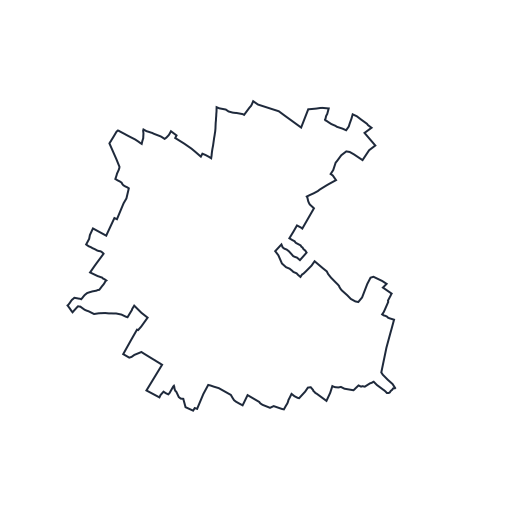 Maní, Yucatán, Mexico (orthographic projection), rotated 111°
{"feature_id": "50627088B1882367012373", "entity_name": "Maní", "entity_type": "district", "adm_level": 2, "iso_a3": "MEX", "parent_name": "Mexico", "parent_adm1": "Yucatán", "projection": "orthographic", "projection_center": [-89.371, 20.39], "detail": "fine", "context": "isolated", "style": "outline", "palette": "slate", "viewbox_px": 512, "rotation_deg": 111, "n_neighbors": 0, "source": "geoboundaries", "source_scale": "gbopen_adm2", "svg_char_len": 5872}
<svg xmlns="http://www.w3.org/2000/svg" viewBox="0 0 512 512"><g transform="rotate(111 256 256)"><path d="M131.2,346.1L135.4,344.6L137.5,344.0L139.6,343.3L141.7,342.7L143.8,342.0L146.0,341.4L148.1,340.7L150.2,340.0L151.3,339.6L153.4,339.0L154.5,338.7L156.0,338.4L158.2,337.9L159.2,337.7L161.3,337.3L161.6,337.2L167.3,335.9L168.1,335.7L171.5,335.1L173.4,334.7L175.9,334.1L178.4,333.4L180.8,332.9L180.3,335.4L179.8,339.3L179.7,342.7L183.0,343.1L181.0,348.6L180.3,350.6L178.9,354.7L176.8,363.3L174.8,373.7L171.9,373.4L170.0,380.1L173.1,380.5L174.5,380.8L177.6,382.1L179.4,383.3L178.8,386.1L178.5,387.8L178.5,390.4L178.5,392.5L178.5,395.3L178.3,397.2L178.4,397.8L178.5,400.3L178.7,403.0L178.2,406.4L179.4,406.3L181.9,405.0L185.3,403.9L186.4,403.5L189.5,403.3L192.3,402.9L191.9,404.8L191.6,405.9L191.3,407.0L190.5,410.7L190.0,415.5L189.7,418.2L189.3,421.4L189.2,421.9L188.9,424.5L188.4,428.6L188.3,428.8L188.3,429.9L189.8,430.7L190.1,430.8L195.4,431.7L197.6,432.1L199.6,432.5L200.5,432.6L202.1,433.0L203.4,433.2L215.9,420.8L221.7,415.4L223.0,415.1L223.9,415.1L224.8,415.0L226.0,415.1L228.0,415.2L228.7,415.3L230.5,415.1L234.5,414.9L235.0,412.2L235.2,409.9L235.7,407.7L236.6,406.8L237.5,405.2L237.9,403.0L238.0,401.0L238.4,399.0L248.7,397.6L254.2,398.5L271.5,399.0L271.3,401.8L288.5,403.0L290.7,403.1L288.7,418.1L295.9,418.6L299.8,417.9L306.1,418.7L306.5,417.3L306.9,415.5L306.9,414.1L307.0,412.8L307.3,411.5L307.3,410.6L307.4,409.0L307.5,408.1L307.8,406.2L307.7,404.7L307.3,402.8L307.5,401.6L307.9,400.5L308.2,399.6L308.5,399.1L320.0,402.3L323.4,403.2L330.8,405.0L331.5,396.5L331.4,394.9L331.4,393.7L331.3,392.0L331.9,390.7L331.9,389.9L332.1,388.5L332.5,387.0L332.9,387.3L334.6,387.7L335.6,387.8L337.3,388.2L338.1,388.5L339.0,388.8L339.9,389.1L340.7,389.3L341.7,389.6L343.7,390.2L344.1,390.8L344.6,391.7L345.5,392.5L346.8,394.6L347.7,396.1L348.5,397.1L349.4,398.3L350.8,400.0L351.3,400.5L352.4,401.1L353.0,401.5L354.2,402.1L355.1,402.4L356.0,402.7L357.4,403.1L358.4,403.5L359.0,403.7L359.0,405.0L359.4,406.6L359.5,407.4L359.7,408.4L360.1,410.6L361.3,411.2L362.8,412.1L364.5,412.6L366.4,413.0L368.8,413.7L369.7,414.2L370.1,413.5L370.7,412.6L371.6,411.2L373.0,409.2L373.6,408.3L374.3,407.1L372.9,406.6L370.3,405.6L367.5,404.5L366.7,404.1L366.6,403.2L366.4,402.5L366.2,401.8L366.4,401.2L366.7,400.1L367.2,398.2L367.5,397.1L367.6,396.5L367.7,394.6L367.6,392.5L368.2,386.4L365.8,382.2L363.3,376.4L362.3,372.7L359.8,366.1L358.9,360.6L359.3,355.9L359.2,354.0L350.9,352.5L349.8,352.6L346.0,351.9L350.1,342.6L352.4,335.1L363.1,337.9L367.4,339.5L367.4,340.7L379.8,342.6L395.2,344.8L396.3,337.9L394.8,336.0L391.9,334.1L387.2,329.1L386.7,328.6L387.2,326.2L391.2,304.7L420.8,310.1L422.6,295.5L420.0,295.3L415.8,293.7L416.4,291.1L416.6,288.3L414.9,287.6L407.5,286.5L406.6,286.1L407.3,285.5L408.6,284.8L409.9,283.9L410.8,283.0L411.2,281.9L412.2,280.8L415.4,277.5L416.1,275.1L415.4,272.7L422.4,267.6L422.9,259.3L419.9,258.7L419.8,256.2L403.6,255.7L393.5,254.4L393.2,252.0L393.1,248.6L392.7,243.4L394.7,229.7L396.8,227.1L398.5,224.8L399.2,222.4L399.8,218.4L400.2,215.0L397.2,214.7L388.9,214.0L391.1,200.6L391.7,199.8L392.1,198.9L392.6,196.6L392.7,188.5L389.8,185.7L389.5,177.0L389.2,175.0L385.0,174.4L382.4,173.9L380.4,173.9L378.9,174.1L376.3,173.8L372.0,173.4L373.1,169.9L373.5,166.3L373.3,164.8L365.0,161.5L360.3,160.4L358.9,157.9L360.6,154.8L361.4,154.1L362.0,152.6L362.6,151.5L362.8,150.0L366.0,138.3L357.2,137.7L350.1,138.1L350.2,136.9L350.1,135.1L349.2,132.0L347.8,129.8L348.2,125.9L346.4,116.9L345.3,116.3L343.9,115.7L340.1,113.9L340.3,111.1L339.4,110.0L339.0,107.6L334.0,103.9L332.8,102.4L331.8,101.7L331.2,101.1L333.1,96.9L333.9,94.0L334.6,91.5L335.1,89.8L335.4,88.5L336.0,86.7L336.7,85.3L337.0,84.7L336.6,83.7L336.3,83.0L335.4,82.2L334.3,82.0L333.4,81.7L332.5,81.2L332.1,80.9L331.6,80.8L331.1,80.7L330.6,80.6L330.4,80.3L330.0,79.7L329.9,79.5L329.8,79.0L329.4,78.8L326.6,82.6L324.3,88.7L321.4,95.1L319.8,97.3L294.7,101.4L279.0,103.0L274.7,103.4L266.0,104.3L266.3,109.0L266.3,110.6L265.7,111.8L265.5,113.6L265.7,115.5L265.3,117.3L262.9,116.7L260.2,116.5L251.5,116.1L250.3,116.8L244.4,116.1L243.5,116.1L242.5,115.9L240.0,126.2L235.2,124.1L234.1,129.2L233.3,138.9L235.2,141.3L242.2,142.1L256.7,142.1L262.3,144.0L262.8,147.0L262.1,152.1L260.0,156.6L257.3,163.7L256.3,165.4L254.9,167.2L254.3,167.6L253.3,169.4L252.0,172.4L249.3,178.3L247.0,182.2L245.0,184.4L243.4,189.4L239.9,199.4L245.1,200.7L252.6,204.0L255.5,205.4L256.8,206.4L259.6,207.0L258.6,209.9L257.6,211.9L257.5,215.4L256.8,217.0L255.8,220.1L255.7,223.9L253.7,229.1L247.3,235.4L244.6,239.8L236.1,236.4L238.4,234.2L239.0,232.2L239.0,229.7L239.8,227.0L241.6,223.4L242.8,221.2L242.9,219.3L242.8,217.2L244.1,213.5L238.8,211.5L234.7,210.0L233.3,211.9L232.6,214.1L231.4,215.6L231.1,216.9L230.1,218.2L229.5,223.2L229.2,224.1L228.4,225.2L228.1,227.9L227.5,231.2L219.9,229.8L212.8,228.7L213.3,224.3L213.8,222.6L190.7,219.0L188.6,224.3L187.3,225.8L186.0,227.0L183.0,229.0L182.3,229.9L179.7,227.5L176.8,224.6L173.2,221.5L171.3,220.4L169.3,218.9L164.6,215.3L162.5,213.6L156.5,208.5L153.3,213.2L152.7,215.7L148.1,214.7L140.3,215.1L138.3,214.4L131.4,212.5L126.0,209.2L125.3,205.8L126.0,201.1L128.3,190.9L116.7,188.3L110.1,184.2L102.2,198.8L94.9,194.1L93.7,198.3L92.8,199.8L91.0,206.6L89.4,212.0L89.1,216.5L93.7,216.1L98.8,216.0L101.9,215.8L106.3,216.9L106.1,221.0L106.3,225.1L106.4,226.7L106.0,228.6L105.9,231.3L105.8,233.1L105.0,236.8L104.6,238.4L104.5,239.3L104.5,239.8L104.1,240.4L103.9,240.5L103.4,240.3L102.3,240.4L101.1,240.6L100.4,240.7L99.1,240.6L98.0,240.4L92.2,241.0L92.8,243.1L93.9,247.0L94.8,249.1L96.8,252.6L100.1,259.3L100.3,259.8L119.9,259.9L116.8,271.5L114.7,279.4L112.7,286.6L113.1,293.7L113.9,308.4L112.5,314.1L115.5,314.2L117.5,314.4L119.9,315.3L124.2,316.5L128.5,317.7L128.3,319.2L129.5,325.7L129.8,326.4L130.5,329.2L130.9,333.5L130.1,336.7L131.3,343.3L131.2,346.1Z" fill="none" stroke="#1e293b" stroke-width="2"/></g></svg>